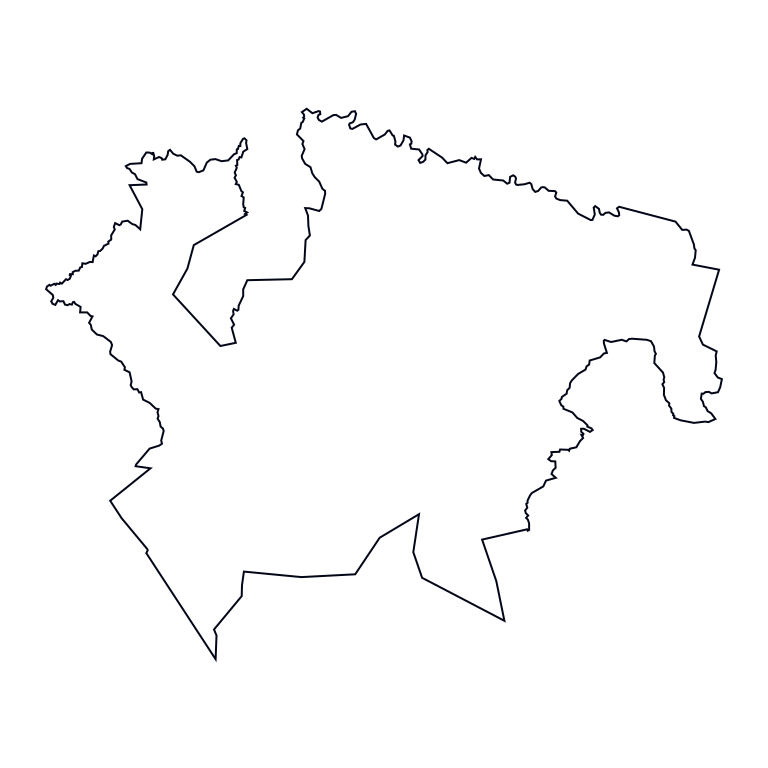 Morelos, Chihuahua, Mexico (Mercator projection)
{"feature_id": "50627088B90542436108405", "entity_name": "Morelos", "entity_type": "district", "adm_level": 2, "iso_a3": "MEX", "parent_name": "Mexico", "parent_adm1": "Chihuahua", "projection": "mercator", "projection_center": [-107.783, 26.551], "detail": "fine", "context": "isolated", "style": "outline", "palette": "ink", "viewbox_px": 768, "rotation_deg": 0, "n_neighbors": 0, "source": "geoboundaries", "source_scale": "gbopen_adm2", "svg_char_len": 6073}
<svg xmlns="http://www.w3.org/2000/svg" viewBox="0 0 768 768"><path d="M695.7,250.2L694.4,248.4L693.9,244.5L688.9,230.9L686.5,229.6L682.2,229.9L675.5,221.6L619.2,206.8L617.0,208.3L619.0,212.6L619.2,215.2L617.9,216.3L614.4,215.7L609.0,212.4L605.4,212.9L603.3,214.8L601.1,214.7L599.7,212.7L599.0,208.9L595.2,206.1L593.7,207.6L594.8,214.5L592.4,219.9L590.8,220.1L578.1,213.6L567.2,200.7L560.2,200.1L556.4,198.6L555.1,196.5L556.3,192.5L555.0,191.1L548.6,190.8L544.8,187.4L542.7,187.1L541.2,187.5L538.1,191.0L535.2,191.9L532.6,189.0L531.3,184.1L529.6,182.7L524.8,184.2L517.2,185.0L515.9,184.3L515.1,182.4L516.0,178.6L515.3,176.7L513.2,175.3L510.1,176.9L509.5,182.7L507.2,183.7L503.2,180.5L493.1,179.5L488.8,175.1L484.4,176.0L480.9,172.9L479.0,168.5L481.0,159.3L477.1,159.4L475.2,156.9L474.2,158.9L471.5,157.9L466.1,162.7L459.2,160.1L447.4,163.2L442.1,157.6L428.8,148.8L427.4,150.0L427.6,152.1L425.5,155.3L425.4,159.6L423.2,161.8L420.2,162.9L418.5,160.1L422.6,156.0L422.4,154.4L419.1,149.5L411.2,148.7L409.9,144.4L411.3,143.7L411.6,141.3L409.9,137.6L404.1,135.5L403.5,140.3L400.6,145.4L397.9,146.6L395.1,144.6L395.4,141.5L393.9,135.8L392.7,135.5L389.5,130.4L387.6,130.9L384.8,134.5L376.2,139.4L373.9,138.1L366.1,123.9L360.5,124.5L352.4,128.9L350.3,128.4L349.1,124.8L349.6,123.5L352.9,122.2L354.7,119.6L356.1,113.8L354.9,111.2L351.5,111.8L348.0,116.2L341.1,117.9L336.1,114.9L333.4,115.1L321.9,121.6L318.9,120.0L317.6,117.5L318.5,114.9L320.3,114.2L320.0,111.5L318.6,111.1L312.4,113.2L306.7,108.8L301.9,112.1L303.9,114.5L304.2,116.4L303.2,117.7L304.3,118.4L302.7,122.0L301.3,122.9L300.2,128.6L298.0,130.2L296.9,134.4L303.5,141.1L302.4,144.0L304.6,149.1L301.7,155.9L302.1,158.4L305.2,163.9L310.5,167.2L312.3,173.3L314.7,177.1L319.2,181.6L322.4,188.8L325.0,190.8L325.2,193.7L321.4,208.9L319.2,211.0L309.4,208.3L305.2,208.1L308.0,215.6L308.4,226.0L309.9,235.5L305.6,240.1L304.4,261.9L291.9,279.2L247.3,280.2L243.2,289.4L243.2,296.1L238.7,305.6L238.4,309.8L237.2,310.7L233.9,308.9L233.1,310.9L233.6,314.4L230.9,318.3L234.1,324.7L231.7,327.7L235.8,342.8L220.4,346.0L173.0,294.4L187.4,268.6L193.8,245.1L246.5,214.9L245.0,214.0L247.2,212.5L244.2,210.9L245.2,208.0L243.7,207.2L243.2,204.3L243.7,197.4L241.5,196.0L242.9,192.3L241.4,191.1L238.8,184.8L235.8,184.1L236.8,181.9L234.6,177.7L235.9,175.4L234.7,172.5L236.8,167.8L235.9,165.7L237.3,165.0L237.1,160.0L238.6,159.5L239.6,157.1L241.4,157.4L243.3,151.6L247.3,149.1L246.1,143.0L246.5,140.3L244.4,138.3L243.1,138.8L240.4,143.1L240.3,146.0L238.8,145.9L237.9,149.1L236.8,149.4L236.7,153.2L234.1,154.2L228.2,160.4L221.6,161.2L215.4,159.1L210.4,159.7L206.8,162.6L203.4,170.4L198.8,172.2L196.7,171.7L194.4,166.2L190.0,161.8L180.8,155.3L177.3,155.7L173.2,153.7L170.0,149.8L168.2,151.2L167.6,155.0L165.3,159.3L162.2,159.7L161.8,158.3L159.1,157.0L153.8,159.4L154.2,156.2L153.3,152.9L152.4,153.0L152.4,154.2L149.6,152.6L146.3,152.5L142.1,158.7L141.5,163.2L130.1,163.9L125.8,166.1L127.1,168.1L129.5,168.9L131.9,172.5L135.0,174.2L137.5,179.1L146.3,182.5L146.6,184.5L129.6,185.2L142.3,209.2L140.2,229.3L135.4,225.0L132.3,224.1L127.7,220.7L122.2,221.6L120.8,224.4L119.3,225.2L115.2,223.1L113.8,227.0L114.8,229.4L111.2,235.3L111.2,239.6L108.3,241.6L108.5,243.6L104.0,245.8L102.7,248.5L100.1,251.0L98.4,251.2L97.4,254.5L95.6,256.3L93.9,255.5L92.6,262.1L90.0,261.9L85.7,263.8L82.4,263.3L81.9,267.0L80.2,267.5L78.8,270.6L75.3,270.8L72.7,272.1L72.8,274.2L70.0,274.1L69.7,275.0L70.9,275.9L69.7,278.8L67.6,280.0L66.0,279.2L61.9,283.6L60.2,282.6L59.6,284.0L56.4,283.6L55.7,284.9L54.3,283.8L50.6,285.7L49.5,284.8L47.0,286.5L46.1,289.2L52.8,295.0L53.3,297.8L51.2,301.4L52.6,303.8L55.3,304.9L58.0,300.2L59.7,301.4L63.4,301.2L65.0,304.6L67.5,305.2L69.5,304.1L71.9,304.6L72.9,302.2L74.1,301.9L75.4,303.9L80.6,306.9L80.1,312.4L87.2,312.4L90.6,316.0L92.5,316.4L89.1,322.8L90.8,324.9L91.8,329.6L96.9,334.5L103.2,336.1L110.8,341.9L112.1,345.1L110.1,351.8L110.5,354.2L118.4,360.6L121.2,361.6L124.9,367.3L124.4,369.8L129.6,372.3L131.6,381.4L130.7,385.2L131.7,387.1L133.7,389.4L137.4,389.2L139.2,392.5L141.1,392.2L143.1,399.6L149.7,402.9L155.7,408.6L158.5,409.1L157.5,412.2L158.5,416.1L157.6,418.6L159.8,422.2L160.6,426.6L162.9,428.5L163.7,431.0L161.2,440.5L162.0,443.7L159.2,445.6L149.6,448.6L136.1,464.5L135.6,466.2L150.5,468.3L110.2,500.7L121.6,518.2L147.3,549.1L147.7,550.4L146.3,553.1L215.6,659.2L216.5,635.5L214.0,629.5L241.7,596.1L242.0,585.2L243.9,571.6L301.4,577.1L355.2,574.3L379.7,537.7L419.0,514.2L413.3,552.2L422.1,577.8L504.4,620.8L496.3,581.1L482.1,539.6L527.1,529.3L527.7,530.7L529.1,530.0L529.1,523.4L527.9,519.7L526.1,517.9L528.2,515.5L525.8,513.1L525.1,510.5L527.3,507.7L526.2,503.9L527.6,502.8L527.5,500.7L529.9,495.7L531.7,493.1L543.3,486.4L546.0,480.6L555.8,477.8L551.5,474.0L552.9,470.4L555.6,467.8L555.3,461.4L551.1,461.2L548.3,459.1L551.8,455.1L551.4,452.1L559.4,451.8L560.1,449.5L568.2,449.8L569.1,450.7L569.8,448.7L576.3,447.3L580.0,441.1L583.1,438.0L581.5,435.0L582.8,435.3L583.5,433.9L581.2,431.7L581.1,428.8L583.8,428.7L590.0,431.9L592.7,430.0L591.5,428.4L587.3,426.6L587.5,425.3L583.1,421.0L577.2,417.9L572.4,412.4L563.5,408.8L563.3,406.6L561.3,405.3L559.3,401.0L561.6,398.7L561.8,397.0L566.6,393.7L567.2,390.2L569.6,387.9L570.1,383.1L572.0,380.2L578.2,373.9L585.5,369.6L586.6,366.3L589.1,364.6L589.7,360.5L600.1,357.4L604.0,353.4L606.9,352.9L603.9,343.4L603.8,340.8L604.6,339.9L611.1,342.0L621.7,339.8L626.5,341.4L628.9,339.1L631.9,338.7L646.8,339.8L651.0,341.2L654.0,346.5L654.5,351.1L655.9,353.9L654.9,355.4L654.3,363.0L663.0,372.6L664.3,377.4L663.6,379.5L664.2,382.1L662.4,384.2L664.1,387.9L663.9,394.9L666.0,400.3L669.3,403.2L669.1,405.7L671.3,408.5L671.5,411.9L673.4,414.0L673.1,415.3L674.4,416.1L674.0,417.9L680.6,420.3L694.0,422.9L705.1,421.6L708.4,422.1L715.4,419.0L711.2,413.3L707.6,411.1L705.8,407.3L704.0,406.2L702.9,401.8L700.9,398.9L701.7,393.6L703.4,393.8L705.4,392.1L708.9,391.9L711.7,393.4L718.0,392.2L720.2,387.2L721.9,379.1L717.8,377.5L714.5,373.1L715.6,369.8L716.3,361.9L715.7,355.6L716.7,351.4L702.9,344.6L699.1,336.5L719.1,269.7L692.5,264.6L695.0,257.7L695.7,250.2Z" fill="none" stroke="#020617" stroke-width="2"/></svg>